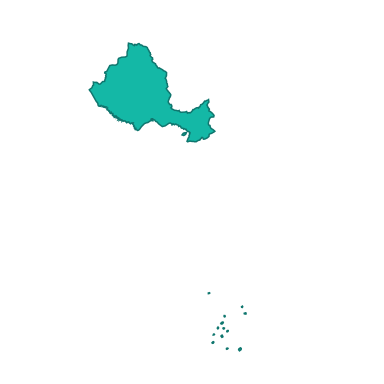 Mamuju, Sulawesi Barat, Indonesia, rotated 238°
{"feature_id": "22746128B65468173429736", "entity_name": "Mamuju", "entity_type": "district", "adm_level": 2, "iso_a3": "IDN", "parent_name": "Indonesia", "parent_adm1": "Sulawesi Barat", "projection": "mercator", "projection_center": [119.254, -2.427], "detail": "fine", "context": "isolated", "style": "filled", "palette": "teal", "viewbox_px": 384, "rotation_deg": 238, "n_neighbors": 0, "source": "geoboundaries", "source_scale": "gbopen_adm2", "svg_char_len": 6062}
<svg xmlns="http://www.w3.org/2000/svg" viewBox="0 0 384 384"><g transform="rotate(238 192 192)"><path d="M337.5,166.6L334.8,165.1L334.9,164.3L333.4,162.3L333.2,159.1L332.6,159.0L329.9,159.3L319.5,158.8L318.7,158.9L318.1,159.3L317.6,159.0L317.0,159.1L315.6,158.4L314.5,158.3L313.4,159.4L313.6,159.7L313.3,159.7L313.2,160.0L313.4,160.6L313.0,160.5L312.9,161.0L312.1,161.8L311.9,161.6L311.9,162.1L311.5,162.1L311.4,162.4L310.7,162.1L310.3,162.6L310.4,162.8L310.1,162.9L310.2,163.2L309.9,163.3L310.3,163.5L309.3,164.7L308.4,164.5L307.8,164.0L307.7,164.3L307.5,163.9L307.0,163.9L306.7,163.6L305.8,164.3L305.6,164.2L305.1,164.6L304.8,164.4L304.7,164.7L304.2,164.6L304.3,164.9L303.6,164.9L303.0,164.4L302.2,164.6L302.3,164.9L302.1,164.4L301.7,164.6L301.9,164.9L301.6,165.1L301.7,165.3L301.3,165.1L301.6,165.5L301.1,165.4L301.0,165.9L300.4,166.2L300.3,165.9L300.3,166.3L300.0,166.2L300.1,166.4L299.4,165.4L298.6,166.0L298.4,165.7L298.2,165.8L298.3,165.5L297.7,165.7L297.3,166.0L297.5,166.2L297.0,165.9L297.1,166.6L296.8,166.4L296.7,166.8L296.3,166.4L296.2,166.9L295.7,167.3L295.8,167.5L295.4,167.3L295.7,167.9L295.2,167.9L295.4,168.1L295.2,168.2L295.5,168.2L295.1,168.3L295.2,168.6L294.9,168.3L294.6,168.5L294.5,168.2L294.2,168.6L294.3,168.0L293.9,168.3L294.1,168.5L293.8,168.3L293.6,168.7L293.1,168.3L293.0,168.6L292.4,167.6L292.3,168.2L291.8,168.3L292.0,168.8L291.8,169.0L291.6,168.8L291.7,169.2L291.4,169.1L290.9,169.4L291.1,169.6L290.9,169.7L291.0,169.9L290.7,169.9L290.8,170.1L290.6,170.4L290.5,170.2L289.7,170.8L289.1,170.3L289.2,170.9L288.8,171.5L288.2,171.6L288.0,172.8L285.3,173.3L285.3,173.8L285.7,174.0L285.2,174.6L285.0,175.4L284.7,175.2L282.4,176.0L282.6,177.3L281.7,178.7L281.2,177.7L279.1,178.0L278.8,177.4L278.2,177.4L277.5,177.7L276.8,177.0L276.1,177.3L275.7,178.1L275.4,177.9L275.5,177.1L275.1,176.9L274.1,178.0L272.9,178.6L272.8,179.7L272.9,180.6L274.2,183.7L275.2,188.0L274.7,190.6L274.3,191.2L274.4,194.6L273.7,196.2L273.3,196.4L273.8,196.7L273.9,196.4L275.2,195.7L275.6,196.2L275.4,196.7L274.9,197.5L273.4,197.7L273.0,198.5L271.1,198.6L270.2,199.4L267.3,199.9L263.2,201.5L262.3,204.4L262.5,208.7L262.1,210.1L260.4,211.0L259.5,210.6L259.4,211.2L259.8,211.5L259.5,211.7L259.7,212.2L258.2,212.9L258.4,214.0L257.6,214.7L257.1,214.7L256.2,215.7L254.6,215.5L254.5,216.7L253.7,217.1L252.4,216.8L251.7,217.0L250.6,218.3L249.7,218.2L249.6,219.3L248.2,219.7L248.2,220.2L246.3,220.1L245.1,220.9L245.1,221.2L243.5,221.8L243.0,221.6L242.9,220.9L242.0,220.4L241.5,219.4L240.3,218.8L239.7,217.3L237.6,214.6L236.9,214.9L236.3,217.2L234.7,219.0L234.2,220.0L233.5,220.5L232.4,222.2L232.5,224.3L231.9,226.2L232.0,226.5L232.3,226.6L232.6,228.3L233.1,229.0L233.0,229.5L232.0,229.9L231.0,229.6L230.6,229.8L230.1,231.1L229.8,233.4L230.1,235.8L231.8,237.1L231.8,238.2L231.3,239.9L231.4,241.0L231.2,242.0L231.4,243.6L233.8,242.9L235.9,241.8L237.7,242.0L238.9,242.5L239.9,241.7L241.0,241.9L242.4,242.9L245.1,246.0L245.3,247.8L245.1,248.8L244.5,249.3L244.2,250.2L244.8,250.6L244.9,251.1L246.0,251.3L248.7,250.8L250.6,250.1L251.8,249.3L252.6,249.9L252.6,250.3L253.3,250.7L254.1,250.3L254.8,250.6L255.7,250.2L256.3,250.7L257.8,250.7L259.0,252.9L259.3,254.0L261.6,255.0L261.5,254.0L261.9,252.7L261.8,251.6L262.4,250.9L261.4,248.6L261.1,246.9L261.4,245.6L260.8,244.7L260.1,244.1L260.3,243.2L259.7,242.1L260.3,241.9L261.0,240.4L261.1,238.8L260.9,237.3L261.4,236.5L261.2,236.0L260.8,235.7L260.0,232.7L260.7,231.9L260.6,231.4L261.3,230.8L261.3,229.9L263.1,230.1L263.4,228.6L265.6,224.6L267.4,224.0L267.9,224.3L268.2,223.1L269.8,221.6L270.4,220.6L272.2,219.6L272.7,219.0L273.8,219.2L274.6,218.7L275.0,220.1L276.3,220.7L277.4,220.6L277.8,219.6L278.7,219.4L279.4,219.6L279.9,219.3L281.1,219.6L282.8,221.4L283.0,222.1L284.1,223.0L284.1,223.9L285.6,225.5L286.7,225.6L287.8,225.3L288.2,225.5L290.1,225.0L290.5,225.2L291.8,224.9L293.4,225.0L294.2,227.4L295.4,227.6L296.9,228.4L297.8,228.2L299.4,229.2L301.6,229.7L302.6,229.5L304.1,232.0L304.7,232.1L304.9,232.5L306.7,233.7L308.3,233.3L310.2,232.0L310.9,232.0L314.7,229.9L314.6,229.5L315.3,228.8L316.4,228.7L317.1,229.0L318.2,228.6L320.2,229.0L320.6,228.6L321.8,228.2L323.3,227.4L325.2,227.8L325.2,228.9L326.8,229.6L327.4,229.1L329.7,228.7L330.1,228.9L330.4,229.8L331.7,230.0L332.3,230.4L332.9,230.1L334.0,230.1L334.6,230.4L336.4,230.3L338.2,230.6L339.7,229.9L341.4,227.8L343.3,227.2L344.1,226.1L345.9,225.8L346.3,224.9L345.9,223.4L346.3,223.1L346.1,222.7L347.0,222.3L347.5,221.6L347.0,221.4L346.7,220.6L348.3,219.8L349.6,219.5L350.4,218.4L351.9,217.0L350.2,215.6L347.6,214.3L345.2,211.2L342.4,209.5L341.7,208.7L341.8,207.0L343.6,203.7L344.2,200.6L343.6,199.6L340.6,197.5L339.9,195.9L340.2,194.1L342.0,191.7L342.8,189.3L339.4,183.5L339.9,182.0L339.7,181.4L339.1,181.0L338.2,181.7L337.4,181.7L336.3,180.3L335.3,180.2L335.1,179.7L334.7,179.4L334.7,178.9L333.9,178.7L333.6,177.9L332.1,176.5L333.0,174.7L332.2,171.6L332.6,170.4L334.9,169.6L334.9,169.3L335.5,169.3L336.8,167.2L337.5,166.6ZM245.3,218.6L246.1,217.3L246.2,216.2L246.5,215.9L245.7,213.8L244.3,214.9L244.2,215.9L244.3,217.1L244.6,217.7L245.3,218.6ZM33.5,147.9L32.1,148.1L32.3,150.1L33.3,150.9L34.2,150.5L34.2,148.8L33.5,147.9ZM65.3,149.4L65.7,148.7L65.4,146.8L64.6,146.8L64.1,147.5L64.2,148.6L64.9,149.5L65.3,149.4ZM54.8,141.2L54.5,140.2L52.9,140.3L52.7,141.2L53.0,141.6L54.6,141.8L54.8,141.2ZM53.7,130.9L53.9,130.3L53.5,129.0L52.8,129.2L52.5,130.0L53.1,131.0L53.7,130.9ZM61.2,173.4L61.5,172.0L60.9,171.8L59.9,173.0L60.6,173.7L61.2,173.4ZM55.8,148.6L55.6,147.8L55.1,147.5L54.6,148.1L54.9,149.1L55.3,149.3L55.8,148.6ZM60.0,147.1L60.2,146.3L59.7,145.9L59.0,146.2L58.9,146.8L59.3,147.4L60.0,147.1ZM63.7,142.5L63.2,141.3L62.2,141.4L62.3,142.1L62.8,142.6L63.7,142.5ZM41.0,139.2L41.1,138.4L40.7,138.0L40.2,138.1L40.0,139.0L40.3,139.7L41.0,139.2ZM70.2,153.8L69.6,153.3L68.9,153.3L68.7,153.8L69.1,154.4L69.8,154.4L70.2,153.8ZM68.5,174.3L68.5,173.2L67.9,173.0L67.4,173.5L67.8,174.2L68.5,174.3ZM97.4,153.4L97.7,152.3L97.1,152.0L96.8,152.7L96.9,153.5L97.4,153.4ZM59.7,135.6L60.1,135.0L59.5,134.2L59.1,134.8L59.3,135.6L59.7,135.6Z" fill="#14b8a6" stroke="#0f766e" stroke-width="1.5"/></g></svg>